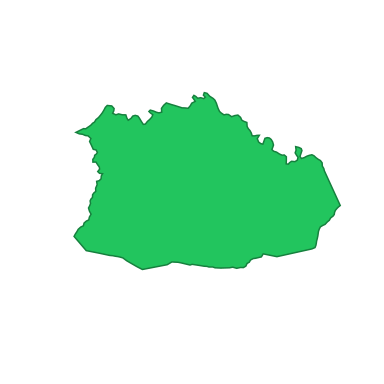 the district of Coronel João Sá, Bahia, Brazil, rotated 141°
{"feature_id": "56859067B3761453867009", "entity_name": "Coronel João Sá", "entity_type": "district", "adm_level": 2, "iso_a3": "BRA", "parent_name": "Brazil", "parent_adm1": "Bahia", "projection": "robinson", "projection_center": [-37.952, -10.285], "detail": "fine", "context": "isolated", "style": "filled", "palette": "green", "viewbox_px": 384, "rotation_deg": 141, "n_neighbors": 0, "source": "geoboundaries", "source_scale": "gbopen_adm2", "svg_char_len": 3162}
<svg xmlns="http://www.w3.org/2000/svg" viewBox="0 0 384 384"><g transform="rotate(141 192 192)"><path d="M295.8,194.4L293.7,192.4L291.9,190.2L290.2,188.4L288.8,186.6L287.2,184.3L286.0,179.6L282.4,170.2L281.6,168.2L279.3,163.0L257.0,151.1L251.7,150.3L247.1,146.2L245.1,143.8L239.5,136.5L237.4,135.7L232.4,130.2L229.4,126.8L227.2,124.8L226.0,123.0L223.1,120.7L221.8,118.6L217.4,114.7L210.4,109.4L207.7,108.0L205.3,104.6L201.8,102.8L199.6,100.9L196.8,100.5L194.2,101.8L191.7,101.4L189.3,102.3L186.2,101.7L184.5,100.6L178.9,97.9L175.6,99.1L166.7,88.3L134.6,72.3L131.4,71.4L129.4,72.5L127.9,73.7L126.0,75.5L123.9,77.0L121.7,78.8L118.6,81.7L116.6,83.0L114.2,84.1L111.2,83.7L109.0,83.1L105.6,83.6L103.1,83.6L100.6,84.6L97.5,84.5L95.6,85.0L94.1,86.4L92.1,87.5L89.6,88.0L87.7,88.2L85.3,88.2L75.8,125.2L74.8,127.3L74.4,130.1L72.5,132.8L72.4,135.6L73.3,137.9L74.0,140.5L74.4,143.4L75.4,145.5L77.8,146.7L80.4,147.6L83.2,148.1L85.9,149.2L85.7,151.7L83.0,153.4L80.5,155.0L79.8,157.0L80.9,159.4L82.9,162.0L84.8,159.0L87.2,157.5L87.6,154.9L87.8,152.2L90.1,150.5L92.9,150.8L95.3,153.2L97.8,153.4L99.6,153.0L101.1,154.6L98.6,157.4L96.5,160.0L97.0,162.7L98.8,163.9L100.1,166.4L101.2,169.8L102.9,172.3L103.2,174.7L101.0,176.0L99.1,177.2L97.8,180.2L97.4,183.0L97.9,185.3L99.3,186.9L101.5,187.8L104.0,186.3L106.8,184.6L108.1,186.3L108.8,188.9L107.7,192.4L104.0,193.7L105.8,195.1L108.0,196.2L109.9,197.8L108.8,200.5L108.3,203.2L108.4,205.9L107.9,208.3L105.6,211.5L107.3,214.4L108.1,216.6L107.3,219.4L107.9,222.9L110.7,224.5L113.8,225.6L114.9,229.3L116.5,230.8L118.6,231.8L119.6,235.1L119.9,237.3L119.1,240.6L118.1,243.3L117.2,245.6L116.4,249.1L116.7,251.4L118.0,255.4L118.2,259.2L119.9,261.5L122.2,260.1L122.0,257.3L124.1,257.2L125.9,259.8L128.6,261.3L128.9,263.9L129.7,265.9L132.1,265.2L132.2,262.6L132.5,260.4L136.3,261.2L139.0,260.1L142.3,259.5L144.5,261.7L146.7,263.6L148.7,266.6L151.0,270.1L152.9,272.8L155.9,277.4L159.5,277.2L163.1,276.2L165.3,273.1L167.9,274.3L169.4,276.3L170.9,279.1L172.9,281.9L174.8,281.7L174.6,279.6L173.8,276.8L176.0,275.5L179.3,275.0L182.3,274.9L185.5,274.1L187.3,275.2L187.0,278.3L186.4,282.5L186.3,285.1L187.9,287.3L190.3,288.3L193.0,287.6L196.4,287.9L196.1,290.4L194.9,293.6L197.6,295.9L199.9,298.9L202.6,299.9L204.1,303.1L201.7,304.3L200.0,305.9L200.2,309.4L203.4,312.6L206.1,312.3L208.8,311.1L211.8,310.0L214.7,309.3L217.8,308.7L221.1,308.7L223.8,307.7L226.0,308.0L228.4,307.6L230.8,307.7L232.7,307.9L234.8,308.0L236.4,309.5L238.5,310.0L244.7,311.4L243.0,308.1L240.7,305.7L239.3,303.0L237.4,301.0L236.9,297.2L239.8,295.7L240.5,292.7L241.2,289.9L241.9,287.3L240.1,285.1L240.6,282.4L242.3,281.7L244.5,281.8L246.1,280.4L248.5,279.8L250.2,277.6L247.8,275.7L248.2,272.2L248.3,269.8L249.4,267.9L252.4,267.2L252.1,264.7L250.0,262.5L252.5,261.5L254.3,259.5L257.0,259.2L259.4,260.3L261.1,257.4L264.5,255.6L266.5,253.0L268.4,253.1L270.9,252.5L272.8,250.4L275.0,250.1L276.8,249.2L278.1,246.9L280.4,245.6L282.5,244.7L283.8,241.5L284.4,238.3L287.5,237.1L289.8,235.3L292.4,235.9L295.4,235.8L297.7,234.1L300.6,234.8L304.0,234.6L306.1,233.7L309.0,232.8L311.6,231.7L311.1,213.0L302.5,202.7L295.8,194.4Z" fill="#22c55e" stroke="#15803d" stroke-width="1.5"/></g></svg>